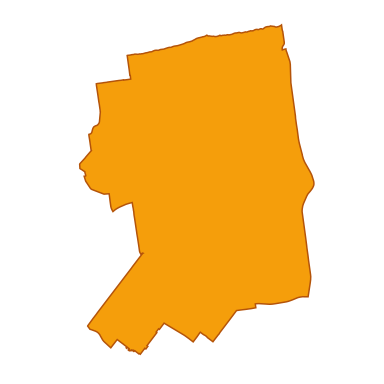 outline of Stirling, Western Australia, Australia, rotated 82°
{"feature_id": "25037944B32793785148952", "entity_name": "Stirling", "entity_type": "district", "adm_level": 2, "iso_a3": "AUS", "parent_name": "Australia", "parent_adm1": "Western Australia", "projection": "albers", "projection_center": [115.812, -31.89], "detail": "fine", "context": "isolated", "style": "filled", "palette": "amber", "viewbox_px": 384, "rotation_deg": 82, "n_neighbors": 0, "source": "geoboundaries", "source_scale": "gbopen_adm2", "svg_char_len": 5776}
<svg xmlns="http://www.w3.org/2000/svg" viewBox="0 0 384 384"><g transform="rotate(82 192 192)"><path d="M311.8,141.4L314.0,130.6L314.1,129.3L314.2,127.7L314.2,124.7L313.9,114.0L313.7,112.0L313.4,110.4L312.8,107.6L311.5,102.6L311.3,101.7L311.2,100.8L311.1,99.8L311.1,98.8L311.1,97.8L311.1,96.8L311.3,95.9L311.9,91.6L298.2,87.5L295.2,86.7L294.5,86.6L292.4,86.2L290.1,86.1L288.8,86.1L283.0,86.1L276.2,86.1L270.8,86.0L263.4,86.0L260.5,85.9L251.5,85.8L226.9,85.7L225.5,85.5L224.1,85.2L221.6,84.4L221.0,84.2L219.6,83.5L218.8,83.1L212.1,79.0L211.3,78.4L210.6,77.9L209.9,77.3L209.0,76.3L207.5,74.6L205.5,72.6L204.6,71.9L203.7,71.3L202.7,70.7L201.7,70.3L200.6,70.1L199.5,70.0L198.3,70.0L197.6,70.1L192.2,71.0L190.8,71.4L188.7,72.1L178.8,76.0L177.6,76.4L176.1,76.8L175.0,77.1L172.9,77.4L171.4,77.6L170.3,77.6L168.9,77.8L159.2,78.9L156.7,79.1L154.2,79.2L145.3,79.1L140.5,79.2L135.6,79.2L133.5,79.2L131.2,79.0L97.6,78.9L95.8,78.7L80.3,77.0L79.4,76.9L77.6,76.9L76.6,76.9L74.9,77.2L68.3,78.4L67.2,78.6L65.5,79.0L64.6,79.1L63.4,79.1L63.5,80.6L63.7,82.0L63.9,82.8L63.0,82.8L62.3,82.7L61.2,82.4L60.5,82.0L59.0,80.7L58.4,80.3L57.8,80.0L57.1,79.9L56.5,79.8L46.1,79.8L45.5,79.8L44.8,80.0L44.1,80.1L39.0,80.1L39.5,81.0L40.2,83.2L40.4,85.5L40.4,85.8L40.2,86.3L39.6,87.3L39.4,87.7L39.4,88.0L39.3,88.4L39.1,89.0L38.7,90.7L38.5,90.9L38.6,91.4L38.9,92.7L38.7,93.9L38.8,94.3L38.8,95.4L39.0,96.4L39.2,96.9L39.4,97.2L39.7,97.6L39.8,98.0L40.0,98.4L40.2,98.6L40.4,99.0L40.4,99.3L40.4,99.8L40.0,100.5L39.9,101.0L39.9,101.6L40.4,103.3L40.4,103.9L40.4,104.1L40.1,104.6L39.9,105.8L40.0,106.4L40.2,107.4L40.3,107.6L40.5,108.1L40.8,109.0L40.8,109.3L40.8,110.0L40.5,112.0L40.7,112.4L40.8,112.7L40.8,113.2L40.8,113.8L41.2,115.0L41.2,115.8L40.9,116.8L40.9,117.0L41.1,117.9L41.4,120.7L41.1,121.8L40.8,122.4L40.6,122.8L40.5,123.2L40.5,123.5L40.7,125.8L40.6,126.4L40.6,127.2L40.7,128.1L41.4,130.6L41.6,133.2L41.6,133.5L41.2,134.8L41.2,135.4L41.4,136.3L41.4,136.8L41.4,137.4L41.2,137.7L41.2,138.1L41.2,138.4L41.1,139.9L41.3,141.6L40.9,142.0L40.7,142.7L40.7,143.0L41.1,143.7L41.2,144.3L41.2,144.7L41.4,145.3L41.4,145.6L41.4,146.7L41.3,147.6L40.7,149.0L40.7,150.5L40.6,150.8L40.5,151.0L40.4,151.3L40.3,151.6L40.2,152.2L39.9,152.8L39.8,153.6L39.8,154.2L39.6,154.5L39.4,154.8L39.0,155.1L38.9,155.2L38.8,155.5L38.8,155.8L39.1,156.2L39.5,157.2L39.7,158.1L39.8,159.1L39.8,160.0L39.9,160.4L40.0,160.8L40.0,161.5L40.1,161.9L40.2,163.1L40.3,164.4L40.5,165.5L40.6,166.1L40.8,166.7L41.1,167.2L41.7,168.9L42.1,170.0L42.4,170.6L42.5,171.1L42.9,173.4L43.0,175.3L43.1,176.4L43.2,177.0L43.8,178.7L44.1,179.8L44.4,181.6L44.7,183.4L45.0,185.2L45.1,186.4L45.1,189.4L45.3,190.6L45.4,191.2L45.8,192.4L45.8,192.9L45.7,193.6L45.6,194.2L45.7,195.4L46.1,197.8L46.5,199.6L46.6,200.2L46.5,203.3L46.6,203.9L46.9,205.0L47.0,205.6L46.8,206.8L46.6,207.9L46.6,208.5L46.6,209.2L46.7,209.7L47.0,210.9L47.4,212.0L47.5,212.6L47.5,213.2L47.4,214.4L47.7,216.3L47.8,217.6L47.8,218.7L48.1,220.6L48.2,221.8L48.1,223.1L48.2,223.7L48.1,224.2L48.0,224.8L48.1,225.4L48.1,226.0L48.1,226.6L47.7,228.3L47.6,228.9L47.5,229.5L47.7,230.7L47.6,232.5L47.7,233.1L47.8,234.9L47.7,236.6L47.8,237.2L62.9,237.2L67.9,237.3L68.0,236.9L71.7,237.0L71.7,244.1L71.4,244.1L71.4,244.4L71.5,246.8L71.4,248.6L71.4,256.5L71.4,260.4L71.5,261.1L71.4,264.5L71.5,265.4L71.4,270.3L71.5,271.7L73.1,271.8L82.7,271.7L89.4,271.7L89.7,271.7L91.7,271.6L98.2,271.6L98.7,271.6L99.4,271.7L99.5,271.6L99.8,271.6L102.0,272.1L109.2,273.8L110.2,274.1L110.6,274.4L110.8,274.5L111.0,274.6L111.5,275.1L112.1,275.7L112.5,276.3L112.7,276.6L113.2,278.8L113.7,279.8L113.8,280.1L114.3,280.6L115.1,281.2L116.0,281.7L118.5,282.7L119.2,283.1L119.6,283.4L120.1,284.0L120.3,284.5L120.5,285.4L120.6,286.1L121.1,286.1L121.5,286.2L122.3,286.2L127.9,286.1L134.9,286.1L136.3,286.1L136.5,286.0L137.0,285.8L137.4,286.4L138.2,287.3L142.5,292.2L143.6,293.3L148.4,299.1L149.0,299.4L153.2,299.7L157.0,295.3L157.8,295.3L158.8,295.2L161.0,294.9L161.4,295.1L161.4,296.6L166.3,295.8L166.9,295.6L167.5,295.3L174.0,292.2L174.7,291.8L174.9,291.6L175.5,290.9L177.8,286.8L180.0,282.8L181.4,280.3L181.7,279.8L181.9,279.2L181.9,278.9L182.1,275.7L182.2,275.0L182.3,274.3L190.9,274.4L195.3,274.4L196.8,274.2L197.6,274.0L199.2,273.5L200.4,273.0L199.2,271.1L198.7,270.2L198.1,269.0L197.3,267.0L196.9,265.9L196.7,265.2L195.5,260.9L195.0,259.2L194.4,255.4L194.1,252.7L198.8,252.6L199.4,252.5L202.3,252.5L202.5,252.5L203.1,252.4L204.9,252.5L206.6,252.6L210.9,252.5L223.2,252.4L225.9,252.4L229.9,252.3L237.6,252.2L239.8,252.2L243.3,252.2L244.2,252.1L246.3,251.4L245.6,249.3L245.8,249.0L246.0,249.5L250.5,254.1L257.6,261.3L258.9,262.5L266.7,270.4L282.2,286.1L298.3,302.4L299.8,303.8L303.1,307.2L310.0,313.9L310.3,314.0L313.8,312.1L314.1,311.3L314.6,310.3L316.1,307.5L316.4,306.9L317.0,306.1L317.5,305.4L318.1,304.8L319.0,304.1L319.8,303.6L320.7,303.1L321.4,302.9L325.5,301.3L326.2,301.0L327.7,300.1L328.6,299.4L335.0,294.1L327.7,286.6L335.6,278.8L336.3,278.1L337.1,278.9L337.7,278.4L336.9,277.6L338.4,276.1L339.2,276.9L339.4,276.7L339.7,277.0L340.5,276.2L339.9,275.5L340.8,274.6L340.2,274.1L340.0,273.7L340.9,272.8L340.4,272.3L340.6,272.1L341.1,272.6L341.8,271.8L341.3,271.3L341.5,271.1L341.2,270.7L341.9,270.1L344.9,267.2L344.6,266.8L345.5,265.8L340.3,260.6L340.5,260.5L340.3,260.3L341.0,259.5L338.7,257.2L337.9,258.0L326.4,246.4L325.7,247.0L322.8,244.1L323.5,243.4L318.0,237.9L329.7,223.4L332.7,219.7L333.7,218.6L336.8,215.4L339.9,212.4L340.6,211.7L336.1,207.2L332.1,203.5L332.0,203.2L332.3,203.0L334.7,200.6L335.1,200.1L335.7,199.2L337.1,197.7L337.6,197.4L338.2,197.1L343.2,192.1L342.8,191.7L337.4,186.2L336.1,184.7L335.2,184.1L324.6,173.4L323.0,171.8L315.9,164.7L315.6,164.5L315.6,160.1L315.7,154.9L315.7,154.2L315.7,153.8L315.7,149.3L315.5,144.9L311.6,144.9L311.6,143.6L311.8,141.4Z" fill="#f59e0b" stroke="#b45309" stroke-width="1.5"/></g></svg>